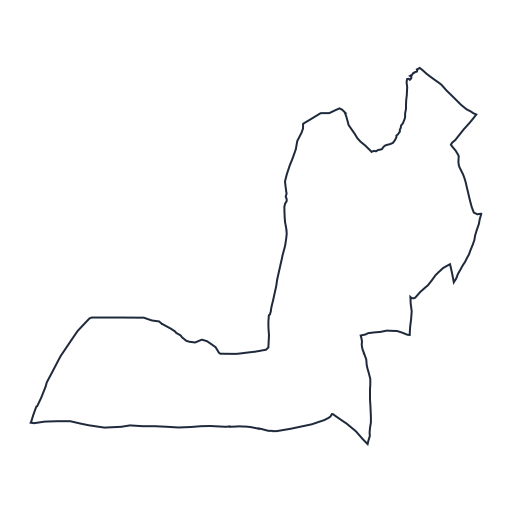 the district of Handeni Mji, Tanga, United Republic of Tanzania
{"feature_id": "72390352B73978463558570", "entity_name": "Handeni Mji", "entity_type": "district", "adm_level": 2, "iso_a3": "TZA", "parent_name": "United Republic of Tanzania", "parent_adm1": "Tanga", "projection": "orthographic", "projection_center": [37.976, -5.441], "detail": "fine", "context": "isolated", "style": "outline", "palette": "slate", "viewbox_px": 512, "rotation_deg": 0, "n_neighbors": 0, "source": "geoboundaries", "source_scale": "gbopen_adm2", "svg_char_len": 5287}
<svg xmlns="http://www.w3.org/2000/svg" viewBox="0 0 512 512"><path d="M303.1,123.8L303.0,128.6L301.5,132.8L297.3,140.9L296.1,147.6L295.8,149.3L292.8,157.8L292.2,159.4L289.8,165.3L286.8,174.3L285.5,179.4L285.3,180.3L285.0,181.5L285.1,182.5L285.6,186.9L285.7,187.6L286.0,189.6L286.2,191.5L286.6,193.5L286.0,195.6L285.8,196.2L285.7,196.6L286.3,198.1L286.6,198.7L286.7,200.5L286.7,201.0L286.3,201.7L286.1,202.0L285.1,203.7L285.1,203.8L284.3,207.0L284.4,208.3L284.4,211.3L284.6,214.7L284.6,215.1L284.7,217.9L285.1,222.4L285.8,226.0L286.3,228.9L286.4,230.4L286.5,230.4L286.5,230.5L286.7,234.0L286.2,238.5L285.2,245.3L284.8,246.9L282.7,254.8L282.6,255.0L281.8,259.0L278.6,273.1L277.1,279.9L276.9,281.4L276.6,283.4L276.5,284.3L276.2,286.2L274.2,295.2L273.1,300.3L272.3,303.5L271.9,305.1L271.5,306.9L271.2,308.5L271.0,309.3L270.8,311.7L270.4,312.5L270.1,313.9L270.0,314.4L269.2,314.9L268.9,315.5L268.8,316.0L268.4,321.6L268.4,326.0L268.5,328.3L268.8,333.1L269.0,335.1L269.0,335.5L268.6,342.4L268.6,342.7L268.6,343.7L268.6,343.8L268.5,344.0L268.5,344.6L268.5,345.0L268.4,346.4L268.4,347.5L268.2,347.6L267.2,348.6L265.9,349.8L265.0,349.9L260.5,350.7L259.7,350.9L256.0,351.5L255.3,351.7L254.0,351.8L251.4,352.1L248.7,352.4L247.3,352.6L245.4,352.8L240.9,353.4L236.3,353.9L226.4,353.8L220.3,353.7L219.6,353.2L218.9,352.7L215.6,347.2L211.1,344.0L207.0,341.2L202.0,339.7L201.9,339.7L199.8,340.5L197.2,341.6L195.0,342.5L193.6,342.3L189.2,341.7L186.9,341.0L186.4,340.9L181.9,337.2L180.6,335.4L179.2,334.6L176.2,332.9L175.1,331.6L174.8,331.2L173.9,330.7L170.7,328.6L162.3,324.0L162.1,324.0L162.1,323.9L161.0,323.1L160.2,322.4L159.0,321.4L155.0,320.9L152.0,320.5L147.8,319.1L146.0,318.5L145.9,318.4L143.9,317.7L130.8,317.6L128.7,317.6L118.9,317.5L114.0,317.5L109.9,317.5L109.0,317.5L104.3,317.5L98.8,317.5L97.8,317.5L92.5,317.5L91.8,317.5L89.8,318.3L89.4,318.5L83.4,324.8L78.8,329.7L77.7,330.9L75.2,334.5L72.8,338.0L61.0,355.5L60.5,356.3L60.3,356.7L58.1,360.8L53.9,368.9L52.6,371.4L50.1,376.1L46.8,382.3L45.5,386.9L45.1,387.9L41.3,397.5L39.7,400.9L37.2,406.2L36.4,406.5L34.6,411.3L33.9,413.2L33.9,413.4L33.7,413.8L33.0,415.8L33.0,416.1L32.7,416.8L31.3,421.4L30.7,422.7L34.1,423.2L44.7,421.6L57.7,421.2L70.2,421.2L81.0,423.7L88.9,425.3L104.4,427.6L121.2,426.8L130.0,425.4L142.7,426.2L154.6,426.2L167.3,426.8L178.5,427.5L190.8,427.0L201.1,426.2L210.2,426.0L225.7,426.8L229.6,426.4L229.6,426.8L229.6,426.7L229.6,426.8L237.2,426.5L238.0,426.3L240.1,426.4L242.7,426.5L246.3,426.6L250.9,427.1L256.7,428.3L258.7,428.8L258.7,428.4L261.5,429.0L268.2,430.8L272.0,430.9L272.1,431.3L272.1,431.1L272.3,431.1L276.8,431.1L290.5,428.8L311.8,424.3L319.7,421.6L324.0,420.2L328.2,418.1L330.4,416.6L332.0,414.0L333.0,414.2L335.2,415.8L342.4,420.8L346.5,423.5L355.8,431.2L362.8,439.2L363.4,439.8L367.6,444.1L368.4,440.6L369.8,436.1L369.6,432.2L370.1,427.2L370.9,422.6L370.9,416.6L370.4,405.5L370.0,399.6L370.0,398.2L370.0,389.4L370.3,384.4L370.3,378.9L368.7,372.7L367.3,367.9L366.8,365.4L366.6,364.1L366.3,359.7L365.6,357.7L363.8,352.6L363.7,352.7L363.6,352.1L362.6,349.6L362.0,346.9L361.7,344.3L362.0,341.6L361.5,338.6L360.7,335.5L365.4,334.5L368.3,333.1L369.5,333.0L374.4,332.4L379.2,332.0L380.4,331.9L386.9,330.6L393.0,330.9L393.4,330.9L397.0,331.0L401.8,332.5L407.3,334.7L409.7,335.0L409.9,330.5L410.1,327.5L410.3,325.5L411.1,319.2L411.7,311.3L410.7,303.7L410.4,297.0L411.6,298.1L413.6,298.3L415.0,297.8L415.9,296.9L420.2,292.0L424.8,287.9L427.9,285.3L428.0,285.2L431.3,281.0L432.0,280.1L435.5,275.2L439.3,271.5L439.9,271.0L443.0,268.1L446.1,266.3L450.0,264.2L450.3,265.3L451.8,272.0L453.2,279.0L453.8,282.3L456.1,278.7L458.0,273.8L460.5,269.5L462.5,265.8L464.1,263.3L464.9,262.2L467.4,257.2L469.0,254.4L470.4,250.4L472.9,244.3L474.4,239.9L475.1,235.5L476.8,229.9L478.8,224.2L479.4,221.0L479.7,219.4L481.1,214.5L481.3,213.8L481.2,213.7L477.7,214.2L477.3,214.3L476.8,214.0L473.8,212.6L473.0,210.5L473.0,210.4L471.7,207.0L470.1,201.0L468.8,195.7L468.0,192.1L466.8,187.3L466.2,184.5L465.6,182.0L464.6,178.6L463.1,174.5L461.4,171.1L459.3,166.8L458.8,165.0L458.4,162.0L458.6,158.4L458.7,156.1L457.9,154.4L455.6,150.6L452.5,146.9L451.4,145.4L450.9,144.8L451.5,143.7L451.9,142.9L455.4,139.9L459.4,134.8L463.7,129.4L469.2,123.3L473.1,118.6L476.3,114.5L473.5,113.3L470.8,111.5L466.4,109.2L460.9,104.7L454.2,98.0L446.4,90.4L441.4,84.7L438.1,82.2L437.3,81.7L431.2,77.3L426.7,73.9L422.6,70.2L421.6,69.4L419.6,67.9L419.0,68.4L418.2,68.8L416.9,69.4L417.3,70.2L416.9,71.6L415.1,72.0L414.3,72.8L413.5,72.8L412.9,73.5L412.1,74.9L411.0,75.3L410.0,75.9L411.4,76.9L411.2,78.4L409.8,79.8L408.8,78.8L407.2,79.0L406.8,80.4L406.6,82.6L407.2,87.3L407.0,90.8L406.8,95.1L406.2,100.2L406.0,104.7L406.0,108.8L405.1,113.5L405.1,116.8L404.7,118.8L402.9,123.3L401.1,125.5L400.7,128.0L399.8,129.8L399.8,131.7L397.8,134.5L396.4,135.6L396.4,137.2L395.0,140.1L392.9,142.9L390.1,144.1L386.6,145.0L385.0,145.6L383.4,147.0L381.9,149.2L379.7,149.7L377.9,150.1L376.0,151.3L374.2,150.9L371.6,151.7L371.5,151.8L370.0,150.2L369.4,149.6L366.3,146.6L365.3,145.6L360.3,141.5L357.3,138.1L354.7,133.8L352.5,130.7L351.7,129.5L348.6,125.1L347.6,121.2L346.2,116.2L344.8,112.5L345.0,112.5L344.9,112.4L343.1,110.6L341.9,109.5L339.4,108.4L334.5,110.6L329.3,113.1L324.9,113.1L320.6,113.2L309.1,120.2L306.7,121.6L303.1,123.8Z" fill="none" stroke="#1e293b" stroke-width="2"/></svg>